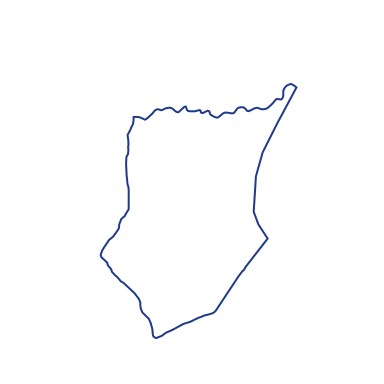 outline of Conguaco, Jutiapa, Guatemala, rotated 211°
{"feature_id": "79465075B31085680066755", "entity_name": "Conguaco", "entity_type": "district", "adm_level": 2, "iso_a3": "GTM", "parent_name": "Guatemala", "parent_adm1": "Jutiapa", "projection": "natural_earth1", "projection_center": [-90.0, 14.001], "detail": "fine", "context": "isolated", "style": "outline", "palette": "blue", "viewbox_px": 384, "rotation_deg": 211, "n_neighbors": 0, "source": "geoboundaries", "source_scale": "gbopen_adm2", "svg_char_len": 2783}
<svg xmlns="http://www.w3.org/2000/svg" viewBox="0 0 384 384"><g transform="rotate(211 192 192)"><path d="M280.7,226.2L278.9,223.1L277.5,219.5L277.3,216.1L276.8,213.1L276.8,212.0L276.7,209.8L276.6,207.8L275.6,206.4L274.5,205.1L273.7,204.1L272.8,202.9L271.9,201.4L270.9,200.2L270.5,198.8L269.6,197.2L268.4,195.6L267.2,193.3L266.4,191.5L266.3,188.3L263.0,182.2L256.6,172.6L252.4,167.0L251.8,166.0L249.0,163.4L247.3,161.1L244.5,156.5L237.4,144.6L237.5,138.6L237.2,137.0L238.7,132.6L237.7,126.8L236.0,123.2L236.0,120.0L236.7,112.7L238.4,108.2L238.8,99.9L238.9,96.2L238.0,91.3L236.3,89.5L228.5,87.8L226.3,85.8L221.5,84.2L219.6,82.4L215.5,81.2L212.0,80.5L207.0,78.8L204.3,78.9L189.3,75.7L182.5,73.0L179.2,70.5L178.2,68.6L175.8,65.6L172.4,63.2L163.8,61.1L159.8,58.3L155.5,54.2L151.8,49.2L150.4,48.2L147.6,48.2L143.8,53.2L141.9,57.9L138.1,63.2L131.4,74.5L126.6,79.9L121.7,87.5L120.0,89.5L117.8,92.5L113.7,96.6L113.0,97.4L111.3,99.6L110.5,102.4L108.7,143.8L108.0,150.2L107.4,151.3L107.4,155.9L103.3,189.9L103.3,191.1L118.4,198.4L128.9,206.8L145.3,238.4L151.8,262.2L154.2,293.5L156.3,335.4L157.6,335.6L158.7,335.8L160.0,335.8L161.1,335.8L162.0,335.7L163.0,335.5L163.7,334.6L164.5,333.6L165.4,332.3L165.9,331.0L166.2,328.9L166.1,326.7L165.8,325.7L164.9,324.1L164.0,322.7L163.4,321.7L163.0,320.3L162.8,318.9L162.9,318.0L163.3,317.2L164.2,316.7L164.9,316.5L165.8,316.1L166.7,315.8L167.5,315.0L168.0,313.0L168.4,309.9L169.1,307.3L169.8,304.9L170.6,302.7L171.6,301.3L172.5,300.4L174.1,299.2L175.7,298.6L177.1,298.3L178.6,298.1L179.8,297.5L180.6,296.8L181.9,295.4L183.1,293.3L184.0,291.9L184.9,290.7L185.5,290.2L186.4,290.0L187.2,290.1L188.2,290.6L189.8,291.0L191.3,291.1L193.2,290.2L193.9,289.6L194.7,289.0L195.3,288.3L195.9,287.5L196.2,286.4L196.3,285.5L196.4,284.1L196.6,282.1L197.1,280.9L198.2,280.0L199.0,279.6L200.7,279.0L201.7,278.6L202.3,278.3L203.7,277.6L204.7,277.0L205.7,275.6L206.2,274.6L206.5,273.5L206.9,272.4L207.3,271.2L207.6,270.4L208.1,269.6L208.6,268.7L210.2,268.2L211.2,268.0L212.2,267.9L213.6,267.8L215.0,267.9L215.8,267.9L216.9,268.3L217.9,269.5L219.2,270.1L220.5,269.7L223.3,265.4L224.2,264.8L225.3,264.8L226.2,265.9L227.4,266.2L228.8,265.1L231.0,262.8L231.7,262.2L232.9,261.6L234.7,260.5L235.6,260.0L236.4,259.7L237.5,259.5L238.7,259.8L239.8,260.8L240.5,261.5L241.5,262.0L242.5,260.9L243.1,258.8L244.1,255.3L244.5,254.0L245.1,253.1L246.3,252.7L247.4,252.7L248.6,252.8L250.3,253.2L252.1,253.4L253.6,253.2L254.8,252.6L256.2,251.5L257.4,250.4L258.3,249.2L259.3,247.7L259.7,247.0L260.4,246.3L261.5,245.9L263.0,245.7L263.7,245.5L264.6,244.8L265.4,243.6L265.8,242.5L266.1,241.2L266.3,239.1L267.4,235.4L267.7,233.9L268.3,232.4L268.7,231.1L269.6,229.8L272.2,229.5L273.8,229.3L275.1,229.1L276.5,228.7L278.6,227.6L280.7,226.2Z" fill="none" stroke="#1e3a8a" stroke-width="2"/></g></svg>